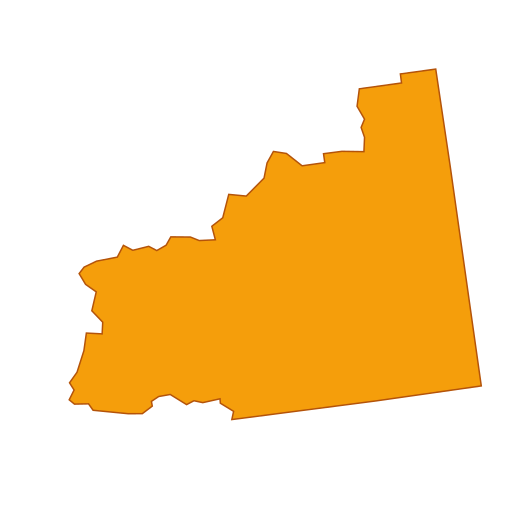 outline of Camas, Idaho, United States of America, rotated 262°
{"feature_id": "52423323B53719477803884", "entity_name": "Camas", "entity_type": "district", "adm_level": 2, "iso_a3": "USA", "parent_name": "United States of America", "parent_adm1": "Idaho", "projection": "mercator", "projection_center": [-114.75, 43.528], "detail": "fine", "context": "isolated", "style": "filled", "palette": "amber", "viewbox_px": 512, "rotation_deg": 262, "n_neighbors": 0, "source": "geoboundaries", "source_scale": "gbopen_adm2", "svg_char_len": 931}
<svg xmlns="http://www.w3.org/2000/svg" viewBox="0 0 512 512"><g transform="rotate(262 256 256)"><path d="M416.1,460.0L416.2,424.3L407.1,424.2L407.2,381.6L390.2,376.9L376.4,382.5L368.7,378.0L358.4,380.0L344.3,377.4L347.7,355.6L347.9,337.1L338.9,337.1L338.9,314.2L353.3,300.4L357.1,287.8L346.6,279.9L332.0,274.8L316.7,254.7L320.8,237.6L298.5,228.4L291.6,216.4L277.7,218.0L279.2,201.9L283.9,193.7L286.8,174.3L279.2,168.5L275.2,158.5L280.5,151.1L278.8,134.8L285.0,126.2L274.2,118.5L273.1,97.4L268.9,84.2L263.2,78.4L251.6,83.3L242.7,92.8L224.6,85.8L211.8,95.0L200.3,92.8L203.3,77.3L186.2,72.4L165.8,62.6L156.4,53.7L148.6,57.2L139.6,51.0L134.6,55.6L132.9,69.6L125.9,73.2L117.6,107.5L115.7,121.5L121.8,132.4L126.6,132.2L130.4,140.1L130.8,151.8L118.5,166.6L121.3,174.4L118.2,182.9L119.6,200.5L115.2,200.2L105.3,212.2L97.4,209.3L95.8,354.4L96.0,461.0L317.2,460.8L416.1,460.0Z" fill="#f59e0b" stroke="#b45309" stroke-width="1.5"/></g></svg>